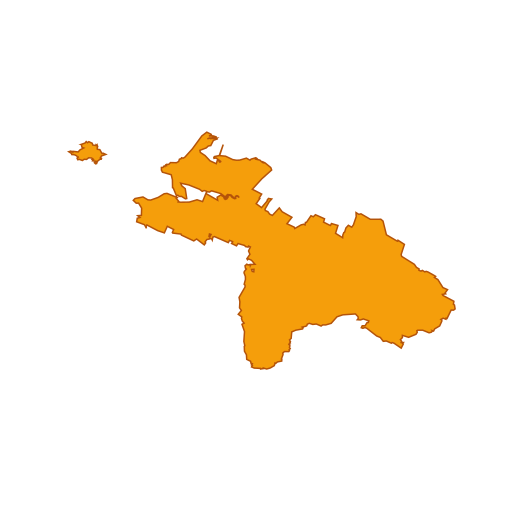 Rush-Lusk Lea-5, Fingal, Ireland, rotated 193°
{"feature_id": "5873133B50398048682629", "entity_name": "Rush-Lusk Lea-5", "entity_type": "district", "adm_level": 2, "iso_a3": "IRL", "parent_name": "Ireland", "parent_adm1": "Fingal", "projection": "natural_earth1", "projection_center": [-6.207, 53.544], "detail": "fine", "context": "isolated", "style": "filled", "palette": "amber", "viewbox_px": 512, "rotation_deg": 193, "n_neighbors": 0, "source": "geoboundaries", "source_scale": "gbopen_adm2", "svg_char_len": 6109}
<svg xmlns="http://www.w3.org/2000/svg" viewBox="0 0 512 512"><g transform="rotate(193 256 256)"><path d="M142.6,319.9L152.9,317.5L163.2,320.7L165.2,319.7L168.3,320.8L167.2,316.8L168.1,308.2L169.2,305.6L172.9,306.7L174.7,303.5L175.0,299.2L175.7,298.6L176.1,295.9L175.7,293.3L183.6,296.0L183.0,304.2L189.8,304.6L190.3,302.5L191.2,302.6L197.8,304.2L197.6,307.7L207.4,309.6L209.0,307.1L211.5,307.6L214.4,300.1L215.4,299.8L215.2,297.3L216.6,297.7L219.0,296.5L224.4,291.5L225.2,292.7L233.1,294.4L229.7,301.8L240.5,305.0L244.1,308.1L249.2,299.2L252.2,299.9L254.4,301.9L257.1,302.4L257.8,303.6L255.4,311.6L253.5,315.1L256.8,314.9L257.7,312.9L257.3,312.5L261.5,304.4L267.6,307.0L265.2,312.9L265.9,313.2L264.4,317.6L274.6,320.2L267.7,332.5L260.1,343.3L261.5,345.5L268.2,348.8L270.6,349.3L270.6,348.7L268.5,348.5L270.4,348.5L272.2,349.4L273.8,350.3L278.4,350.3L278.6,350.9L277.5,351.4L278.3,351.7L282.6,349.3L283.4,348.0L287.4,349.2L293.6,345.7L296.7,344.9L300.4,344.7L308.1,346.4L313.4,345.7L314.0,346.0L313.0,357.2L314.4,345.6L318.8,343.6L319.3,342.7L318.9,341.7L316.9,342.5L311.1,340.0L312.4,340.0L311.9,338.9L315.1,341.4L315.5,337.0L322.2,338.4L328.2,342.4L333.5,344.4L334.5,346.3L328.8,350.1L327.2,352.5L324.9,353.4L323.5,359.1L320.3,361.2L320.8,361.6L320.4,362.1L326.9,360.1L327.8,360.4L329.8,359.2L328.0,360.4L323.6,361.7L325.7,361.5L321.5,362.5L321.6,363.1L324.4,363.4L328.9,362.4L326.6,363.5L327.9,363.8L326.5,363.7L327.1,364.5L331.8,365.6L335.8,360.8L342.1,346.1L347.6,336.2L349.0,334.9L350.6,335.0L351.0,333.9L352.4,333.1L352.6,330.7L354.5,329.0L360.3,327.8L361.7,325.6L363.6,325.2L363.5,324.0L364.5,324.4L364.9,322.7L365.8,323.0L366.5,321.4L368.1,321.0L367.5,318.4L366.0,316.6L356.9,316.1L354.6,311.5L352.7,303.8L351.9,303.6L346.9,296.6L345.9,297.7L344.2,296.8L341.9,297.3L337.6,295.8L336.4,296.4L340.1,305.7L344.1,307.7L345.8,310.0L337.5,310.1L325.9,308.3L323.0,306.9L321.3,308.1L319.4,308.1L318.8,307.9L318.6,306.2L318.2,307.7L315.8,307.8L313.9,309.5L304.2,308.9L299.3,306.6L297.6,309.5L294.2,309.9L289.9,307.3L289.1,307.8L289.5,309.4L288.2,310.5L287.1,310.4L285.5,309.2L288.0,310.3L289.3,308.9L288.7,307.5L289.9,307.0L292.6,307.8L294.2,309.2L297.0,308.9L298.2,306.3L297.6,306.9L296.7,307.4L297.1,307.8L296.6,307.6L296.7,306.7L299.3,305.6L298.9,304.7L298.0,305.8L297.9,305.0L297.2,305.4L297.4,304.9L298.8,304.6L298.1,304.0L299.6,304.7L299.9,304.1L299.7,305.2L301.3,306.6L304.1,307.4L307.1,304.5L305.9,301.7L318.9,305.6L320.3,297.0L326.1,297.5L333.2,293.5L341.8,291.4L344.0,291.2L343.7,292.0L346.7,294.2L345.9,295.2L356.8,297.0L359.5,296.0L364.5,291.1L371.2,286.8L374.0,286.4L379.4,288.1L386.8,284.8L388.1,282.6L384.6,280.5L382.3,281.1L378.2,276.9L376.8,269.8L380.3,268.7L377.8,267.4L380.2,266.1L380.0,262.5L371.7,261.4L369.0,258.3L369.7,259.8L369.3,261.7L357.5,258.6L350.5,257.9L349.1,265.0L342.2,263.3L342.8,260.1L342.3,259.6L334.0,260.5L333.4,259.6L320.0,256.7L317.7,259.2L308.9,255.2L308.0,257.4L308.8,258.2L307.6,261.0L305.0,262.2L305.2,262.9L303.0,262.7L302.2,261.7L302.3,264.7L300.8,265.6L286.0,262.8L285.3,265.3L282.7,264.9L281.9,264.6L282.6,262.7L277.3,261.5L276.3,264.1L269.5,263.7L268.3,262.8L265.7,262.9L265.5,264.0L263.5,263.6L264.4,259.2L262.3,256.3L264.3,251.3L263.4,250.4L262.6,251.5L259.4,250.8L255.1,247.7L259.1,246.6L259.4,245.2L259.9,246.4L261.6,245.5L263.1,246.0L264.5,244.0L263.6,241.8L262.5,241.1L263.9,238.3L263.9,236.9L261.8,233.8L261.0,230.8L261.2,225.8L260.1,225.1L259.7,223.3L263.2,211.9L261.4,207.7L260.4,201.8L258.0,199.6L260.2,195.2L256.2,193.5L256.1,191.8L254.7,189.5L252.5,187.9L254.3,186.3L250.2,179.8L248.6,170.0L246.7,166.0L247.1,165.3L245.8,160.6L243.1,157.6L241.8,153.2L237.6,152.2L236.7,150.3L235.4,150.2L236.0,148.9L234.9,148.6L235.4,146.9L232.5,146.4L226.3,147.5L226.1,146.9L223.1,148.1L223.4,148.5L220.2,148.3L216.9,150.1L213.5,153.3L213.4,156.0L212.6,155.8L211.3,157.6L207.3,159.4L207.6,161.2L208.1,161.3L207.5,166.0L208.1,167.4L206.8,169.3L202.6,170.2L202.1,171.3L202.7,172.1L201.8,173.4L202.9,174.5L202.7,176.1L203.9,177.2L203.3,177.5L203.8,178.3L203.0,179.0L203.6,179.8L203.2,180.3L204.5,181.8L203.2,183.6L204.1,190.1L200.5,192.7L194.2,195.4L194.0,196.6L195.0,197.1L191.6,198.8L190.8,199.6L190.7,201.1L188.9,202.4L185.3,202.1L181.9,203.3L176.8,202.4L175.5,203.9L172.6,204.5L167.6,207.3L163.4,215.0L158.2,218.2L146.1,221.9L143.0,219.9L142.3,218.2L143.0,216.7L139.8,217.2L137.3,218.8L131.5,218.2L131.6,216.5L132.8,216.1L134.0,212.6L136.8,211.9L137.3,209.8L135.6,209.6L133.7,210.8L131.8,210.5L120.4,205.2L116.6,204.6L112.8,201.5L109.9,202.5L104.5,201.5L103.9,202.3L102.0,202.1L93.8,198.9L92.7,203.4L93.7,203.9L93.1,204.8L95.1,204.4L94.8,205.5L96.5,207.0L95.0,209.4L95.5,211.6L89.0,211.1L82.5,215.7L81.7,218.0L82.5,219.4L81.7,220.1L76.9,221.2L70.1,220.1L68.1,221.1L67.1,222.5L67.5,222.9L66.1,222.8L65.5,225.2L61.3,229.2L60.3,234.2L60.5,235.3L61.6,235.8L59.7,237.5L56.7,237.1L56.8,238.2L55.8,238.1L53.7,247.2L51.3,247.7L50.1,249.2L51.6,252.9L52.8,253.4L53.0,256.4L65.0,259.6L65.8,260.5L62.7,261.8L63.5,262.4L61.8,266.3L66.8,267.3L73.4,273.9L77.3,275.2L76.4,276.6L84.7,279.1L86.8,279.3L87.9,278.5L90.7,279.4L91.8,278.4L94.0,278.7L94.2,280.1L97.1,281.0L99.8,283.5L114.0,288.4L114.9,290.1L114.0,300.7L121.2,303.3L121.3,302.3L122.3,302.4L133.7,306.0L140.1,318.6L142.6,319.9ZM254.6,240.1L256.2,240.1L257.3,241.9L255.0,242.6L254.6,240.1ZM304.6,266.9L305.2,264.6L306.2,264.6L306.3,267.0L304.6,266.9ZM436.1,313.2L436.6,312.0L432.8,312.3L434.4,310.5L433.0,309.7L432.1,310.2L431.8,312.6L429.9,315.0L427.9,315.8L429.4,315.3L429.6,316.5L427.8,316.2L429.7,316.7L429.1,318.7L425.2,321.2L428.1,321.8L429.1,321.2L432.1,324.5L434.6,324.3L435.1,325.6L434.8,326.9L435.8,328.5L436.0,327.7L436.9,328.3L436.9,327.6L440.0,327.4L440.9,329.0L444.6,329.8L445.7,328.5L447.2,329.3L448.0,327.6L451.5,325.4L450.9,325.4L451.2,325.0L449.9,322.7L448.2,322.5L451.4,319.8L452.7,317.4L457.9,316.8L457.8,315.9L460.0,316.6L461.9,315.5L458.9,314.4L458.3,313.4L455.8,313.8L453.3,313.3L452.2,312.2L451.0,312.8L452.3,311.0L451.3,309.7L449.9,310.4L446.6,310.0L445.2,311.6L442.8,312.0L441.1,314.1L438.3,314.5L436.9,314.0L437.4,313.2L436.1,313.2Z" fill="#f59e0b" stroke="#b45309" stroke-width="1.5"/></g></svg>